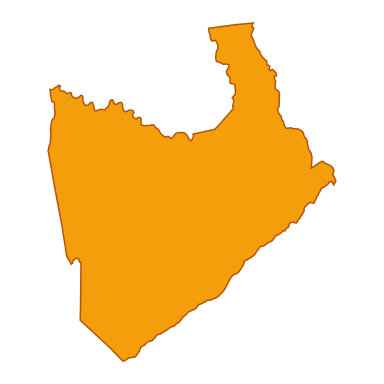 Queimadas, Bahia, Brazil
{"feature_id": "56859067B17136917301382", "entity_name": "Queimadas", "entity_type": "district", "adm_level": 2, "iso_a3": "BRA", "parent_name": "Brazil", "parent_adm1": "Bahia", "projection": "equal_earth", "projection_center": [-39.706, -11.046], "detail": "fine", "context": "isolated", "style": "filled", "palette": "amber", "viewbox_px": 384, "rotation_deg": 0, "n_neighbors": 0, "source": "geoboundaries", "source_scale": "gbopen_adm2", "svg_char_len": 5267}
<svg xmlns="http://www.w3.org/2000/svg" viewBox="0 0 384 384"><path d="M208.6,28.3L209.0,31.2L209.5,33.5L210.4,36.0L210.5,38.7L211.6,40.9L213.5,40.9L215.4,40.4L216.7,42.0L217.3,43.7L217.7,45.5L218.0,48.3L216.5,51.4L216.0,53.9L215.7,56.9L215.9,59.6L216.6,61.5L218.4,62.0L219.8,62.3L221.4,63.3L222.9,64.2L224.8,64.2L226.4,64.0L228.9,64.8L228.7,67.5L227.5,69.3L226.5,70.9L226.5,73.1L227.5,75.1L229.0,76.4L230.2,78.5L229.8,81.7L230.7,83.6L232.5,83.6L234.6,84.3L235.0,86.5L235.1,88.4L235.5,90.7L235.4,93.1L234.8,94.8L233.5,96.2L232.2,97.9L233.3,99.1L233.8,101.5L233.3,103.7L232.7,106.1L233.4,108.5L219.6,124.3L217.7,126.3L214.7,129.3L192.9,134.2L193.7,135.9L192.9,137.7L192.2,139.2L191.2,140.8L189.7,139.8L188.7,138.4L187.8,136.8L186.5,134.6L184.5,133.0L182.5,132.5L180.4,132.7L178.6,132.6L176.8,133.0L175.3,133.8L173.5,136.3L172.2,137.9L170.7,138.5L169.0,136.6L167.3,136.5L165.0,137.1L162.8,135.3L160.9,133.9L159.7,131.6L158.4,129.5L157.0,128.6L155.4,127.3L153.9,125.0L151.7,124.8L149.6,125.6L147.5,125.4L145.3,125.7L143.1,125.4L141.5,125.0L140.9,122.7L141.2,120.4L141.0,118.4L139.7,117.2L137.6,117.7L136.2,119.0L134.1,118.1L132.5,115.9L132.7,114.1L134.0,112.8L133.1,110.6L131.4,110.1L129.1,110.2L127.4,111.1L125.9,111.8L124.3,111.3L123.3,109.5L122.5,106.9L122.6,104.9L121.8,102.8L120.4,102.3L118.6,103.0L116.2,104.5L113.9,103.6L113.4,101.2L112.3,99.8L110.6,100.1L109.8,101.6L109.2,104.2L108.1,106.7L106.1,108.2L104.7,109.9L103.2,109.6L101.4,109.2L99.3,109.7L97.2,110.5L95.1,110.8L94.1,108.8L93.8,106.9L93.4,104.7L92.3,102.3L90.2,102.9L88.2,105.0L86.2,105.4L84.6,104.6L83.4,102.2L82.8,100.5L83.0,98.0L82.5,95.9L81.1,95.2L79.5,96.6L77.6,97.8L75.3,98.3L73.1,97.3L71.7,95.7L71.4,93.2L70.2,92.4L68.9,93.2L67.4,93.5L66.0,93.1L65.0,91.7L63.3,91.0L61.4,91.2L60.0,90.1L59.5,88.3L60.4,86.0L58.6,85.2L56.9,86.8L54.9,87.8L53.4,89.2L51.9,89.8L50.0,89.3L50.6,94.6L51.9,101.6L54.0,102.1L54.6,104.7L54.4,107.7L54.8,110.6L55.0,113.5L54.6,115.8L54.0,118.3L52.5,119.2L51.5,121.9L51.2,124.2L50.9,126.1L50.6,128.6L50.7,131.6L50.9,133.9L50.8,136.6L50.6,139.1L50.3,141.3L50.1,143.7L49.3,145.4L48.7,148.0L48.1,150.5L56.0,194.3L56.6,197.5L61.8,224.6L62.4,228.2L62.9,231.8L65.5,247.8L65.6,249.6L66.1,252.3L66.5,254.9L67.3,257.3L68.0,258.9L69.1,260.2L70.2,261.9L71.2,264.2L72.6,263.1L72.7,261.0L74.5,259.4L75.8,258.4L77.8,258.5L79.0,259.6L79.6,262.1L81.0,262.4L80.5,307.8L80.3,314.6L80.3,317.8L80.2,320.2L94.0,333.0L109.8,347.6L122.8,361.0L124.6,360.9L126.1,359.6L127.7,358.8L129.0,357.8L130.8,357.7L132.7,357.3L134.4,357.2L136.0,356.0L137.4,353.9L139.4,351.2L140.1,349.0L141.0,347.1L142.9,345.8L144.5,345.1L145.7,343.6L147.4,342.1L148.9,341.4L150.4,341.2L152.1,340.6L153.9,338.8L155.1,337.5L156.4,335.6L158.0,334.4L159.8,334.2L161.8,333.2L163.6,331.9L165.0,331.3L166.3,330.4L167.4,329.5L169.3,328.1L171.3,326.9L173.0,326.5L174.6,325.7L176.5,323.7L178.4,322.7L180.9,320.2L182.2,318.0L183.9,316.4L185.4,315.3L186.8,313.7L188.7,311.8L190.8,310.8L192.2,310.3L193.9,309.6L195.5,308.5L196.7,307.5L197.5,306.0L199.2,304.4L201.5,303.7L203.4,302.7L205.6,301.6L207.3,300.2L209.5,300.4L212.2,299.4L214.2,298.4L216.3,297.8L218.4,296.3L220.0,294.5L221.7,292.9L222.8,291.6L223.9,290.5L225.1,288.5L226.3,286.5L227.4,284.3L228.5,282.0L229.5,280.1L230.7,277.9L232.2,275.9L234.4,274.3L236.2,273.8L237.7,273.0L239.2,271.5L240.2,270.0L241.3,268.1L242.4,266.2L243.6,264.5L244.1,262.8L244.2,261.0L246.2,260.4L248.0,259.2L249.7,258.2L252.3,256.6L254.1,255.1L255.5,253.5L256.4,251.6L257.6,250.4L259.0,248.2L260.3,246.6L262.0,246.3L263.9,245.8L265.3,244.8L266.5,243.9L268.1,242.5L270.0,242.0L272.0,240.8L274.1,238.4L275.1,236.3L276.7,235.4L278.5,234.5L280.0,233.6L281.6,232.4L282.9,230.8L284.9,230.9L286.4,228.4L288.7,226.8L289.4,223.7L291.3,222.3L293.2,222.2L295.0,222.9L296.5,222.9L298.3,219.9L299.7,218.5L300.6,216.4L302.3,214.5L303.0,212.5L304.1,211.0L304.0,208.7L305.1,206.7L306.6,205.3L308.7,203.3L310.7,202.4L312.4,203.0L314.3,203.0L315.0,200.6L316.2,198.8L316.8,196.8L317.8,195.5L318.4,193.9L320.1,191.1L321.0,189.1L322.5,187.7L323.9,187.2L325.3,186.1L326.7,185.1L328.1,184.1L328.9,182.2L330.4,181.8L332.0,181.6L333.8,184.9L334.8,183.0L335.9,180.6L335.0,178.9L334.1,176.7L332.8,175.0L333.2,173.0L333.9,171.1L333.1,168.1L331.8,167.0L330.5,165.6L328.8,164.9L327.4,164.2L325.1,163.3L323.4,161.7L322.1,161.2L320.8,161.9L319.5,162.6L311.3,168.2L312.0,156.8L311.4,154.9L310.8,152.5L309.1,150.1L308.3,147.6L307.8,145.7L307.3,143.8L307.3,141.3L306.4,138.9L304.6,137.1L303.9,135.2L303.1,132.3L301.4,130.7L299.7,129.7L297.6,128.8L295.5,129.0L293.4,128.6L290.9,127.8L289.5,128.1L288.1,128.1L285.9,128.3L284.8,126.1L283.7,124.0L283.4,121.4L281.7,119.7L281.3,116.6L279.9,114.7L278.7,113.2L277.5,110.4L278.1,108.3L279.0,106.5L279.3,102.9L279.2,100.0L279.1,97.8L279.4,95.2L279.6,93.3L278.8,91.6L277.8,90.3L275.9,89.8L275.1,87.8L275.3,85.3L275.6,83.2L275.4,80.4L274.1,78.2L274.4,76.2L275.9,76.5L276.5,74.4L275.7,72.4L274.1,70.8L272.1,69.3L270.3,70.6L269.0,69.8L269.5,68.1L269.7,65.9L268.4,65.3L267.0,64.9L266.9,62.9L266.6,60.8L265.2,60.2L264.1,58.5L262.7,57.4L261.5,55.8L260.2,53.3L259.5,51.0L258.4,50.0L256.7,48.2L255.2,45.3L254.4,42.7L253.1,39.1L251.9,36.9L251.2,35.3L251.6,33.2L252.9,30.8L253.8,28.0L252.2,26.8L252.2,24.9L253.3,23.0L235.3,24.7L233.6,24.9L208.6,28.3Z" fill="#f59e0b" stroke="#b45309" stroke-width="1.5"/></svg>